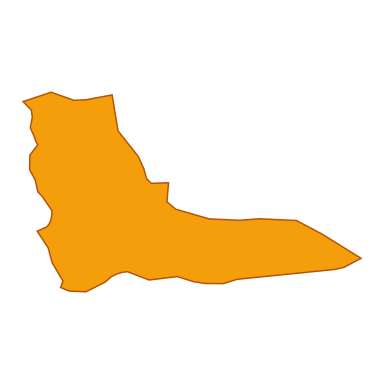 an SVG outline of Kamnik
{"feature_id": "SVN-206", "entity_name": "Kamnik", "entity_type": "Municipality", "adm_level": 1, "iso_a3": "SVN", "parent_name": "Slovenia", "parent_adm1": "", "projection": "equal_earth", "projection_center": [14.65, 46.279], "detail": "fine", "context": "isolated", "style": "filled", "palette": "amber", "viewbox_px": 384, "rotation_deg": 0, "n_neighbors": 0, "source": "natural_earth", "source_scale": "10m", "svg_char_len": 773}
<svg xmlns="http://www.w3.org/2000/svg" viewBox="0 0 384 384"><path d="M29.9,155.1L37.8,144.7L35.5,140.6L33.9,135.8L30.3,127.9L32.3,117.1L31.3,110.0L23.0,101.6L51.1,92.2L74.2,100.4L86.3,99.7L112.1,94.9L118.0,130.8L138.4,156.6L143.8,168.7L146.6,178.7L151.2,183.3L168.5,182.8L167.0,201.8L175.7,209.2L209.1,218.9L239.7,220.3L259.0,218.8L296.4,220.5L322.2,234.2L361.0,258.3L343.8,267.4L334.3,269.5L237.2,279.3L223.5,283.6L205.4,283.5L193.7,281.7L177.3,276.6L149.1,280.0L127.4,271.7L122.3,272.3L116.8,274.0L111.4,276.6L105.3,282.0L86.0,291.8L69.4,291.1L60.6,287.5L63.0,281.2L52.1,262.6L48.2,247.9L37.2,231.2L47.1,226.7L49.3,223.7L50.9,219.7L51.7,215.3L52.1,211.0L42.4,196.6L37.9,192.0L35.3,180.1L29.6,169.7L29.9,155.1Z" fill="#f59e0b" stroke="#b45309" stroke-width="1.5"/></svg>